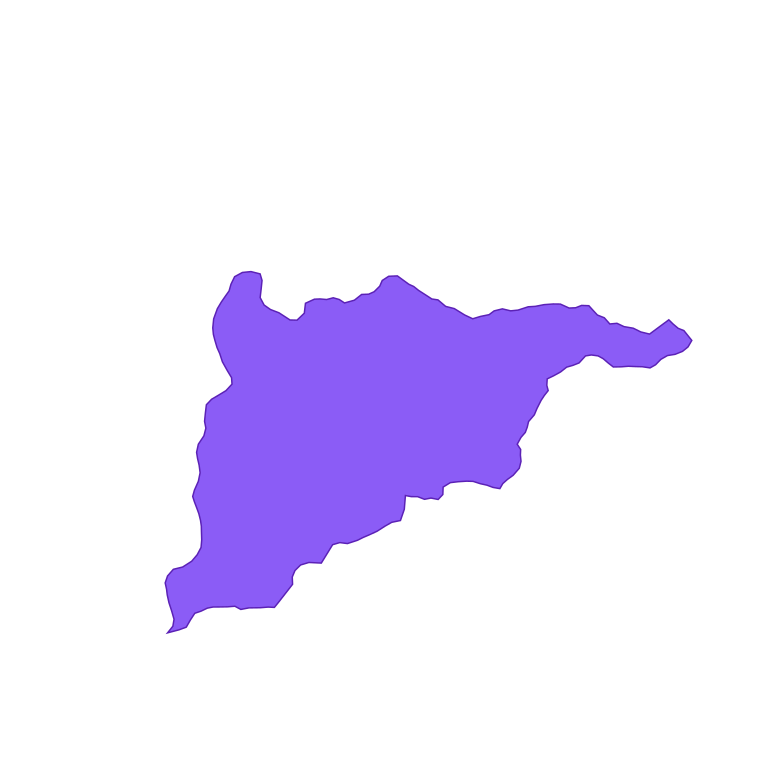 outline of Ipiaú, Bahia, Brazil, rotated 66°
{"feature_id": "56859067B59871971648685", "entity_name": "Ipiaú", "entity_type": "district", "adm_level": 2, "iso_a3": "BRA", "parent_name": "Brazil", "parent_adm1": "Bahia", "projection": "robinson", "projection_center": [-39.724, -14.039], "detail": "fine", "context": "isolated", "style": "filled", "palette": "violet", "viewbox_px": 768, "rotation_deg": 66, "n_neighbors": 0, "source": "geoboundaries", "source_scale": "gbopen_adm2", "svg_char_len": 2707}
<svg xmlns="http://www.w3.org/2000/svg" viewBox="0 0 768 768"><g transform="rotate(66 384 384)"><path d="M255.2,513.1L263.1,517.6L269.3,519.7L275.2,520.7L282.8,521.7L289.5,521.7L298.0,522.6L308.0,521.7L316.2,520.7L322.3,522.9L325.8,531.1L326.9,539.7L327.8,547.7L330.7,554.7L337.9,559.0L345.1,563.1L351.9,564.7L358.1,569.6L363.5,578.1L370.2,583.0L376.1,584.6L382.9,585.9L390.3,588.1L397.4,593.2L403.9,600.4L408.9,604.5L414.3,605.1L421.5,605.5L427.2,605.9L434.0,607.1L439.6,608.7L445.1,611.0L452.2,613.9L458.9,617.6L464.0,624.1L467.7,631.8L469.3,642.4L467.6,651.8L471.3,659.8L476.7,664.8L483.0,666.1L488.5,667.8L496.3,669.4L505.0,670.3L513.5,671.5L519.4,675.4L523.3,682.9L525.2,671.3L525.7,663.5L520.8,656.8L516.5,650.1L517.1,643.6L516.9,636.6L518.2,630.9L520.5,625.6L523.9,617.6L526.4,610.6L531.7,606.5L533.6,598.4L538.1,587.9L540.7,580.5L543.5,575.0L540.7,569.5L529.8,549.0L523.0,546.3L518.2,541.2L515.4,533.8L516.5,525.2L522.1,514.1L509.9,496.3L510.9,488.9L514.9,482.3L516.0,471.7L515.7,465.5L515.8,458.8L515.7,450.2L514.3,441.2L513.5,433.2L515.4,424.5L506.7,416.4L494.6,409.8L498.0,404.9L500.6,399.1L505.8,393.9L507.3,387.5L511.5,381.5L508.9,375.2L502.2,371.9L501.1,363.5L503.4,356.1L506.4,348.0L509.2,342.2L514.3,336.5L518.3,331.1L522.8,326.5L526.7,320.7L523.3,316.0L521.4,310.1L519.9,303.1L516.0,294.7L510.4,290.3L504.4,288.3L499.4,285.8L493.2,286.8L488.5,280.6L485.7,274.6L481.7,270.7L477.1,267.2L473.3,259.2L468.5,254.1L462.9,247.2L459.7,242.2L456.8,236.7L451.4,235.8L445.7,232.8L445.5,225.8L444.8,217.7L442.9,210.3L443.8,203.9L444.1,197.2L440.3,188.5L441.8,182.8L445.4,177.0L450.0,173.5L456.1,170.6L461.7,167.6L464.9,160.0L467.2,153.5L470.4,147.1L473.3,141.0L477.5,134.4L476.9,128.1L474.1,121.1L473.3,113.5L475.3,106.0L475.6,98.0L473.8,91.2L469.4,85.1L457.2,88.3L452.8,92.6L446.8,95.5L441.2,97.7L446.4,121.1L440.9,128.2L434.4,133.6L429.2,141.4L423.3,146.5L421.0,153.3L413.1,155.8L407.8,161.0L402.2,162.9L395.8,165.0L392.6,171.5L392.3,177.9L389.9,184.0L382.7,190.4L379.7,196.9L376.6,205.5L374.6,214.2L372.1,220.9L371.0,231.5L368.7,238.5L363.5,245.3L362.0,253.7L363.4,259.8L361.5,268.4L360.5,276.4L353.8,282.2L343.7,289.1L338.2,296.1L329.1,300.5L325.8,305.7L321.0,308.8L312.6,314.3L307.0,317.2L302.9,320.8L297.3,324.0L290.7,327.8L287.5,335.9L288.7,343.5L292.9,348.1L295.7,355.5L295.7,361.5L293.1,368.0L295.4,377.0L293.9,387.1L288.6,390.5L284.6,395.3L283.5,402.0L280.3,407.8L278.2,413.1L278.3,422.9L286.9,428.0L290.3,437.5L287.3,443.8L281.9,447.3L276.2,451.0L269.8,457.4L263.1,461.4L254.7,462.0L247.1,457.5L239.8,453.3L233.0,452.4L227.2,459.8L224.5,468.0L225.2,476.8L230.6,483.2L236.0,487.7L239.0,492.8L242.9,499.2L247.4,505.6L255.2,513.1Z" fill="#8b5cf6" stroke="#5b21b6" stroke-width="1.5"/></g></svg>